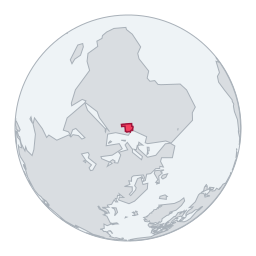 globe centered on Ajdabiya, rotated 176°
{"feature_id": "LBY-2983", "entity_name": "Ajdabiya", "entity_type": "Municipality", "adm_level": 1, "iso_a3": "LBY", "parent_name": "Libya", "parent_adm1": "", "projection": "orthographic", "projection_center": [21.402, 29.135], "detail": "fine", "context": "on_globe", "style": "filled", "palette": "rose", "viewbox_px": 256, "rotation_deg": 176, "n_neighbors": 0, "source": "natural_earth", "source_scale": "10m", "svg_char_len": 10238}
<svg xmlns="http://www.w3.org/2000/svg" viewBox="0 0 256 256"><g transform="rotate(176 128 128)"><circle cx="128" cy="128" r="113" fill="#eef3f6" stroke="#a8b0b8"/><path d="M109.0,17.0L117.1,15.9L118.1,15.8L120.7,15.6L121.4,15.6L134.5,15.5L129.9,15.5L133.4,15.7L135.7,16.1L130.5,15.9L133.9,16.5L126.7,17.3L112.7,17.9L108.9,19.5L95.0,23.5L96.4,23.6L92.0,25.7L92.0,26.7L89.4,27.5L91.7,27.6L94.1,26.8L95.9,26.6L96.1,27.2L92.8,28.2L92.2,28.0L91.4,28.7L89.7,29.0L90.7,29.1L86.7,30.5L90.9,30.1L88.0,32.0L85.3,32.6L85.2,31.3L78.6,30.5L75.8,31.3L72.0,33.4L65.5,39.9L62.5,41.5L58.8,44.6L60.6,44.1L64.1,41.6L66.5,41.7L70.5,38.9L72.1,38.7L76.4,36.7L76.1,38.5L73.5,41.4L69.9,43.4L68.7,44.8L72.4,44.4L66.0,49.7L62.3,56.4L60.6,57.8L56.8,57.6L56.0,53.7L51.0,54.6L54.6,55.7L50.3,59.7L49.7,61.2L50.2,62.1L52.0,61.3L50.6,63.2L46.5,62.5L47.7,60.7L49.0,60.9L48.6,59.2L45.8,59.4L43.8,61.7L41.7,60.3L40.3,62.0L39.0,62.9L41.4,60.1L37.1,65.3L34.3,66.4L28.2,76.0L33.8,66.5L35.5,63.8L36.1,62.9L40.9,56.5L46.3,50.5L52.0,44.9L58.1,39.7L64.6,34.9L71.4,30.6L78.5,26.8L85.8,23.6L93.4,20.8L101.1,18.6L109.0,17.0ZM18.1,103.2L18.2,103.9L16.9,109.6L17.9,106.0L17.3,110.4L18.1,116.0L17.7,116.8L18.2,128.6L20.7,137.0L21.3,142.5L20.8,144.5L22.1,147.1L22.2,148.9L29.2,159.2L34.4,167.4L35.2,173.3L32.9,176.9L35.5,188.4L32.6,187.2L35.0,191.4L35.5,192.3L30.9,185.2L26.9,177.7L23.5,169.9L20.6,161.9L18.3,153.7L16.7,145.4L15.7,137.0L15.4,128.5L15.6,120.0L16.6,111.5L18.1,103.2ZM27.0,78.2L26.7,78.9L22.8,88.9L23.4,86.4L23.6,86.1L24.9,82.8L26.8,78.6L27.0,78.2ZM28.6,76.1L29.1,74.8L28.8,75.7L28.6,76.1ZM76.3,35.9L76.3,36.3L75.5,36.4L76.3,35.9ZM78.1,34.7L77.1,34.6L77.8,34.0L78.4,34.1L78.1,34.7ZM137.7,15.9L139.3,16.1L136.9,15.8L137.7,15.9ZM79.1,34.9L79.2,33.1L80.4,32.1L83.8,31.6L79.1,34.9ZM139.7,16.3L143.7,17.2L145.4,17.2L142.8,17.8L140.3,16.7L137.0,16.2L139.3,16.4L139.7,16.3ZM94.7,26.3L92.2,27.2L94.1,25.9L94.7,26.3ZM95.5,25.5L98.7,22.3L102.5,21.4L100.7,22.6L105.5,21.2L105.8,22.3L103.2,23.3L100.7,23.6L102.7,23.9L95.5,25.5ZM140.7,18.2L140.9,18.5L139.8,18.2L140.7,18.2ZM96.7,26.5L97.0,25.8L100.4,25.0L100.4,26.2L99.3,26.0L96.7,26.5ZM106.6,20.4L109.1,20.1L110.0,20.9L111.1,20.9L106.1,22.3L106.6,20.4ZM98.7,26.5L100.3,26.8L98.9,27.8L96.7,27.1L98.7,26.5ZM101.3,24.3L102.8,24.0L102.0,24.5L101.3,24.3ZM95.0,31.8L95.3,30.9L97.1,30.3L95.0,31.8ZM101.0,26.9L101.5,26.5L102.2,26.3L103.0,26.7L101.0,26.9ZM107.1,22.8L107.0,23.3L109.2,22.3L110.0,23.0L106.5,23.8L108.3,23.8L108.6,24.0L105.5,24.5L107.1,22.8ZM105.9,26.3L101.8,27.9L100.9,29.7L99.3,30.2L101.0,27.2L105.9,26.3ZM105.9,25.2L105.6,26.0L103.8,26.1L102.9,25.6L105.9,25.2ZM111.7,23.2L111.4,21.9L112.2,21.8L111.7,23.2ZM106.0,26.8L107.0,26.4L106.2,26.9L106.0,26.8ZM110.4,24.2L110.2,23.8L111.1,23.6L110.4,24.2ZM109.2,26.2L107.8,26.6L107.2,26.3L109.2,26.2ZM110.0,25.3L111.3,25.2L107.8,25.9L109.8,25.0L110.0,25.3ZM111.3,24.2L111.7,24.0L111.2,24.4L111.3,24.2ZM112.3,27.4L108.1,28.3L106.7,27.5L111.0,26.6L112.3,27.4ZM176.9,26.5L172.0,24.6L159.2,20.5L164.5,22.1L163.7,22.1L165.9,22.9L169.6,24.2L169.8,24.1L177.8,29.2L187.5,34.9L185.9,32.9L187.7,33.4L197.4,39.8L211.2,53.4L213.8,55.5L215.8,57.8L217.7,60.7L214.8,57.2L214.2,57.3L212.3,55.2L214.4,59.1L211.7,56.2L214.7,60.9L216.7,62.5L215.8,59.9L219.5,65.6L222.2,67.8L225.7,72.8L231.5,85.9L232.9,92.7L233.6,94.7L232.5,94.2L233.5,99.7L237.5,107.1L238.2,110.2L238.7,119.2L238.3,117.0L235.4,115.6L236.7,123.6L238.9,126.5L239.7,132.6L238.8,132.8L237.7,127.6L236.7,126.9L235.7,120.2L232.4,112.3L231.4,116.4L230.3,112.5L225.6,107.2L223.4,113.0L220.8,128.3L222.4,138.5L220.6,144.6L213.5,133.3L209.8,124.2L207.5,126.5L199.9,120.8L187.6,125.2L185.6,123.0L183.4,125.2L178.0,123.9L174.8,120.2L171.6,121.3L180.1,131.2L183.4,130.0L185.8,124.5L187.6,128.3L192.7,130.4L188.0,142.3L169.3,156.1L167.1,148.5L150.7,128.8L151.0,126.2L150.9,126.0L150.7,125.5L149.6,129.8L146.7,125.7L155.8,140.2L157.6,146.5L169.1,156.6L168.1,158.0L171.7,159.7L182.6,154.1L182.8,156.7L177.8,169.8L162.3,188.1L164.2,197.3L162.7,205.2L152.5,211.5L153.0,216.8L147.7,219.2L147.0,222.0L142.5,225.3L135.1,228.3L123.1,228.5L122.7,226.3L117.2,221.3L109.7,208.0L113.1,201.7L112.2,196.3L103.4,183.4L105.4,176.4L102.9,173.1L98.0,173.4L95.1,169.4L92.1,168.9L72.9,168.2L66.9,161.9L59.4,144.2L62.8,138.7L63.1,131.2L86.0,110.0L91.2,112.4L109.5,111.0L111.9,112.1L110.0,118.0L124.1,125.7L128.2,120.7L140.6,124.2L148.7,123.3L151.0,111.8L137.8,113.0L135.2,107.7L145.6,102.0L157.0,101.3L156.4,99.2L148.9,95.4L151.3,91.2L146.3,93.8L148.5,95.7L145.4,97.5L143.2,95.9L144.1,94.4L140.6,93.7L137.1,101.6L138.9,104.4L129.8,106.3L132.1,111.3L129.7,113.7L125.0,106.3L125.3,103.4L116.7,95.4L115.6,98.5L123.6,106.4L121.2,105.8L119.8,110.5L119.0,106.4L110.6,97.5L102.2,98.8L91.9,109.6L86.9,109.9L82.5,106.8L85.8,95.3L96.6,96.0L97.9,92.4L95.4,86.6L98.9,87.5L99.2,85.4L103.2,85.5L108.6,80.9L112.6,80.6L114.4,74.4L116.7,73.6L115.0,77.4L116.0,80.1L126.0,79.9L127.9,78.5L128.2,74.6L130.9,75.3L130.0,71.6L135.6,69.9L127.9,69.0L128.1,64.9L131.3,61.8L130.0,60.4L124.8,65.6L124.0,67.9L125.4,70.0L122.0,76.8L118.6,77.9L117.0,70.6L112.1,71.5L113.0,65.9L126.5,54.6L132.3,52.4L142.5,56.9L141.4,59.5L137.1,59.0L141.4,63.0L140.9,60.9L143.1,61.6L143.9,58.3L145.5,58.6L143.5,55.0L145.5,55.1L146.8,57.4L149.7,53.0L154.0,52.5L153.8,51.4L152.5,50.3L158.8,50.6L158.4,49.8L156.2,49.4L154.0,47.5L152.6,44.5L154.9,44.8L155.7,45.9L160.8,48.9L162.6,52.1L163.4,51.9L162.3,49.2L156.1,45.5L154.6,43.7L157.8,45.1L156.5,44.4L156.5,43.6L158.6,43.1L155.2,41.5L151.8,33.3L155.5,32.0L158.7,33.9L158.7,29.5L162.9,29.0L160.8,28.4L159.4,26.4L158.1,26.5L157.0,26.1L152.9,21.8L153.7,21.2L149.6,19.4L148.5,19.2L147.7,19.5L142.8,17.8L145.4,17.2L147.6,17.6L147.8,17.3L152.9,18.4L157.2,19.3L162.7,21.2L165.6,22.0L165.3,21.8L169.1,23.1L172.7,24.6L176.9,26.5ZM78.6,122.1L78.0,124.4L78.6,122.1ZM169.6,106.4L176.2,105.4L172.5,99.0L174.8,98.1L172.7,96.4L172.2,98.5L167.0,93.7L169.6,91.0L168.4,88.1L166.1,88.4L162.2,94.2L169.7,101.0L168.5,104.2L169.6,106.4ZM18.1,116.1L18.1,117.9L17.8,117.0L18.1,116.1ZM22.7,88.2L22.2,89.4L21.7,90.9L21.9,90.3L22.7,88.2ZM21.2,98.1L21.2,100.0L20.9,99.0L21.2,98.1ZM22.4,90.4L21.3,96.9L20.8,95.7L21.6,91.7L21.5,93.1L22.4,90.4ZM27.1,78.6L26.6,79.7L26.2,80.4L27.1,78.6ZM28.4,76.8L28.4,76.6L29.0,75.5L28.4,76.8ZM50.5,59.7L50.8,59.8L50.9,61.0L50.1,61.1L50.5,59.7ZM55.9,63.6L53.5,66.5L54.6,64.3L53.0,64.7L53.4,60.9L59.8,58.4L56.9,60.1L55.9,63.6ZM55.7,55.4L54.8,57.9L55.6,55.3L55.7,55.4ZM96.8,74.7L98.3,76.2L96.9,78.5L91.7,79.6L93.7,76.2L96.8,74.7ZM100.7,77.8L100.6,70.7L103.8,70.0L102.0,71.5L104.1,71.8L101.8,74.4L105.0,80.9L104.0,83.5L95.0,83.7L98.5,82.1L96.9,80.7L100.7,77.8ZM94.7,56.5L94.7,54.2L101.6,55.5L100.8,57.6L95.7,58.7L93.5,56.9L94.7,56.5ZM85.1,34.7L84.6,34.3L85.5,33.9L86.7,34.0L85.1,34.7ZM95.0,31.4L88.0,36.6L87.1,36.2L84.0,40.1L80.6,40.7L82.7,38.2L77.7,41.7L78.2,39.7L75.0,42.3L80.1,36.5L80.4,35.1L81.4,36.4L84.6,35.7L86.1,35.0L90.4,32.1L92.5,29.0L96.0,28.1L98.0,28.4L98.0,29.0L95.7,29.3L97.4,29.9L94.1,30.8L95.0,31.4ZM118.4,35.5L115.7,35.0L118.6,37.7L115.3,38.1L115.8,38.4L113.6,39.6L111.7,41.6L110.2,41.5L110.2,42.4L108.7,43.3L108.1,44.5L105.1,44.9L104.2,46.5L103.3,45.8L102.5,48.4L101.8,46.7L99.8,47.9L101.5,48.9L87.0,49.5L81.5,51.5L77.2,54.4L76.6,51.3L80.1,47.0L85.7,42.7L91.2,41.3L89.9,40.4L92.1,39.5L92.2,40.6L93.4,38.4L95.3,38.1L100.3,35.1L100.9,32.5L102.7,31.5L103.4,32.4L104.7,30.8L107.3,31.8L108.7,31.2L112.6,31.7L113.1,33.9L114.6,33.0L117.6,33.6L118.4,35.5ZM113.4,27.6L114.8,29.8L113.6,31.3L107.4,29.8L105.8,30.3L101.7,29.7L103.4,27.8L104.4,28.1L105.8,27.9L104.7,28.6L106.6,28.0L108.0,28.4L109.9,28.1L109.8,28.9L113.4,27.6ZM114.4,109.9L116.2,110.2L118.9,110.0L118.1,113.1L114.4,109.9ZM108.5,103.8L110.1,103.5L110.2,107.5L108.4,107.3L108.5,103.8ZM110.9,100.1L110.2,103.2L109.4,101.4L110.9,100.1ZM116.5,77.0L118.1,76.5L118.4,77.4L117.5,78.8L116.5,77.0ZM126.1,44.7L124.7,43.9L125.2,43.4L124.2,40.9L126.5,40.5L128.1,41.9L126.1,44.7ZM148.9,114.0L146.6,116.4L145.4,115.5L146.4,114.8L148.9,114.0ZM131.7,115.1L135.7,116.3L131.4,115.9L131.7,115.1ZM128.5,43.9L127.8,42.8L129.4,43.3L128.5,43.9ZM128.2,40.2L130.0,40.5L126.7,40.2L128.2,40.2ZM182.9,226.3L181.5,227.1L182.9,226.3ZM180.8,200.1L172.3,214.3L167.3,215.4L166.9,212.1L170.3,203.9L176.3,200.4L179.4,196.0L180.8,200.1ZM239.4,144.7L239.2,145.5L239.6,143.2L239.8,141.8L239.4,144.7ZM239.5,143.3L238.8,142.3L235.7,133.8L236.9,132.1L239.7,135.0L239.5,136.8L240.0,138.3L239.5,143.3ZM240.5,133.5L240.5,129.6L240.5,126.2L240.6,125.0L240.3,119.2L240.5,133.5ZM222.9,139.2L225.2,143.9L224.0,145.9L222.9,139.2ZM234.7,97.5L234.7,99.3L234.1,97.9L233.8,94.8L234.7,97.5ZM228.3,77.3L230.3,81.3L231.1,82.9L230.1,81.1L228.3,77.3ZM147.5,41.4L146.4,45.1L147.1,48.0L149.9,49.8L145.4,49.1L144.3,44.6L147.5,41.4ZM151.1,34.2L148.5,32.9L149.9,32.6L150.7,32.9L151.1,34.2ZM149.3,34.0L145.7,34.2L144.5,33.0L147.6,33.1L149.3,34.0ZM137.1,38.6L136.6,39.6L135.3,39.2L137.1,38.6ZM234.8,92.2L233.4,88.4L233.0,87.1L234.8,92.2ZM215.5,57.0L214.8,56.2L214.4,55.7L215.5,57.0ZM213.9,55.2L216.1,57.9L216.3,58.0L219.1,61.8L217.5,59.8L213.6,54.8L212.1,53.1L213.9,55.2ZM199.4,40.9L199.6,41.0L202.0,43.1L195.9,38.2L195.0,37.5L199.4,40.9ZM194.1,36.9L194.4,37.2L186.1,32.6L184.1,31.5L189.8,34.0L190.4,34.6L192.7,36.0L194.1,36.9ZM142.1,18.5L141.0,18.5L141.5,18.3L142.1,18.5ZM156.3,26.2L154.9,25.7L155.5,25.4L156.3,26.2ZM151.4,24.2L151.7,24.9L150.4,24.0L151.4,24.2ZM152.6,26.7L151.4,25.1L153.8,26.8L152.6,26.7Z" fill="#d9dde1" stroke="#a8b0b8" stroke-width="1"/><path d="M134.2,129.9L134.2,130.1L134.2,130.8L134.2,131.2L134.3,131.8L134.3,132.0L133.7,132.0L133.0,132.1L132.0,132.1L131.0,132.1L129.9,132.2L128.9,132.2L127.9,132.2L126.8,132.2L126.0,132.2L125.3,132.1L124.7,132.1L124.1,132.1L124.1,129.5L123.9,129.5L123.4,129.3L123.0,129.2L123.0,128.4L123.0,127.9L123.2,127.5L123.4,127.2L123.4,126.9L123.4,126.6L123.4,126.2L123.5,125.9L123.6,125.5L123.8,125.7L124.0,125.7L124.3,125.7L124.5,125.7L124.8,125.5L125.0,125.4L125.5,124.9L125.7,124.7L125.8,124.5L125.9,124.2L125.9,123.9L126.0,123.8L126.2,124.0L126.3,124.2L126.5,124.3L126.9,124.3L127.2,124.2L127.9,124.3L128.0,124.3L128.4,124.2L128.5,124.2L129.0,124.1L129.4,124.0L129.6,124.2L129.8,124.3L129.9,124.5L130.1,124.7L130.3,124.7L130.5,124.7L130.8,124.8L130.8,126.1L130.8,127.4L130.9,128.6L130.9,129.9L131.7,129.9L132.5,129.9L133.3,129.9L134.2,129.9L134.2,129.9Z" fill="#f43f5e" stroke="#9f1239" stroke-width="1.5"/></g></svg>